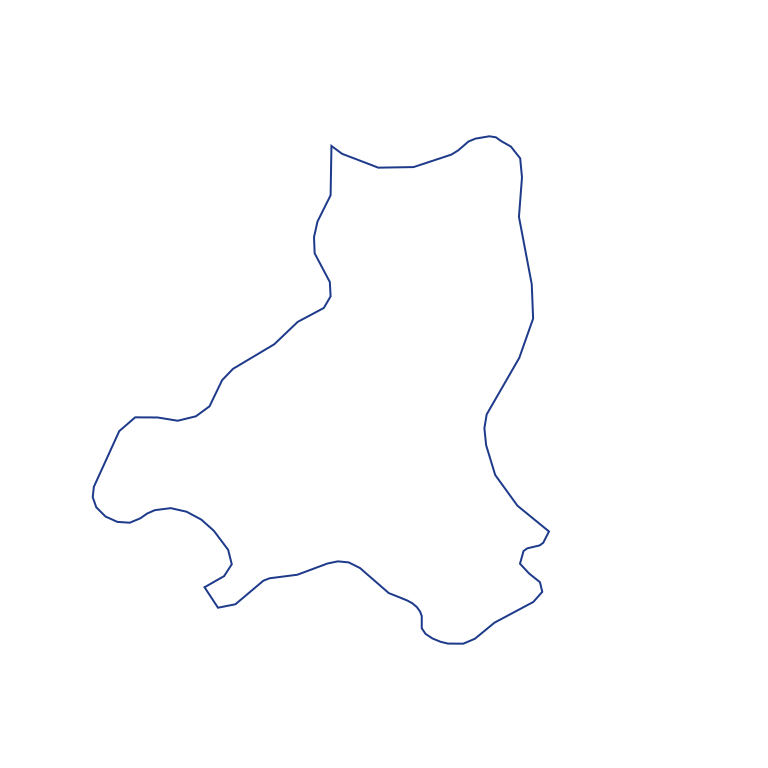 outline of Vibo Valentia, rotated 113°
{"feature_id": "ITA-5394", "entity_name": "Vibo Valentia", "entity_type": "Province", "adm_level": 1, "iso_a3": "ITA", "parent_name": "Italy", "parent_adm1": "", "projection": "orthographic", "projection_center": [16.203, 38.629], "detail": "fine", "context": "isolated", "style": "outline", "palette": "blue", "viewbox_px": 768, "rotation_deg": 113, "n_neighbors": 0, "source": "natural_earth", "source_scale": "10m", "svg_char_len": 1258}
<svg xmlns="http://www.w3.org/2000/svg" viewBox="0 0 768 768"><g transform="rotate(113 384 384)"><path d="M185.4,525.4L188.5,512.5L187.1,473.8L172.8,441.6L146.5,411.6L140.0,407.0L127.8,401.0L122.4,395.7L114.8,383.8L113.2,377.4L114.6,371.1L115.9,359.9L123.1,346.8L139.9,337.7L177.4,325.1L234.4,287.0L265.5,272.3L307.1,269.7L371.9,277.6L385.5,274.3L400.4,266.1L424.3,246.1L443.9,213.6L455.3,174.5L468.0,175.4L471.8,177.7L479.3,187.9L483.2,190.3L496.3,188.6L501.7,176.5L505.5,163.0L513.5,157.1L526.3,161.4L560.6,189.1L583.0,200.8L592.1,209.6L598.0,223.8L599.2,231.4L599.3,240.0L597.8,248.1L594.1,253.8L583.0,258.5L579.4,261.8L576.5,266.6L574.8,272.1L574.2,277.9L574.6,297.9L562.8,334.2L562.0,346.8L565.3,357.2L571.4,366.0L593.4,389.2L607.6,413.5L612.2,418.2L644.8,434.7L654.8,449.4L641.2,469.8L623.3,456.1L609.4,453.7L597.5,462.7L585.6,483.3L580.2,499.2L578.7,515.8L581.6,531.8L589.7,545.7L595.9,551.5L602.8,555.8L611.0,563.8L615.1,575.5L614.8,588.6L609.9,600.7L602.0,607.9L592.0,610.9L530.8,609.3L511.9,600.0L503.3,579.4L498.4,559.5L487.2,544.5L472.7,535.9L443.7,534.5L429.0,528.9L390.2,500.5L360.5,487.7L337.5,469.1L324.2,467.4L311.3,473.7L290.8,498.9L276.2,505.8L260.4,508.7L231.1,506.9L185.4,525.4Z" fill="none" stroke="#1e3a8a" stroke-width="2"/></g></svg>